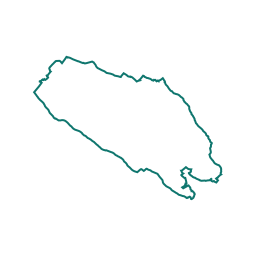 Gaiceana, Bacau, Romania (Equal Earth projection), rotated 154°
{"feature_id": "2599482B22664417708487", "entity_name": "Gaiceana", "entity_type": "district", "adm_level": 2, "iso_a3": "ROU", "parent_name": "Romania", "parent_adm1": "Bacau", "projection": "equal_earth", "projection_center": [27.202, 46.364], "detail": "fine", "context": "isolated", "style": "outline", "palette": "teal", "viewbox_px": 256, "rotation_deg": 154, "n_neighbors": 0, "source": "geoboundaries", "source_scale": "gbopen_adm2", "svg_char_len": 5589}
<svg xmlns="http://www.w3.org/2000/svg" viewBox="0 0 256 256"><g transform="rotate(154 128 128)"><path d="M74.9,157.5L77.8,156.9L78.1,157.0L80.0,156.8L80.1,156.6L80.3,156.8L80.5,157.2L80.5,157.6L81.7,157.5L81.7,157.8L82.1,158.1L82.2,158.4L82.4,158.6L82.5,159.0L82.3,159.0L82.5,159.4L83.6,159.7L83.7,159.9L84.0,159.8L84.4,159.5L85.5,160.5L85.6,161.1L86.6,162.6L87.7,163.6L88.0,164.0L89.1,164.7L90.0,166.0L90.7,166.7L90.7,167.2L90.9,167.8L91.5,168.4L95.3,166.6L97.2,166.1L96.9,165.7L97.9,165.9L99.8,166.0L100.6,168.4L101.8,171.2L101.9,171.5L102.7,172.6L103.2,173.1L103.6,172.9L104.2,173.6L104.9,174.0L105.5,174.7L105.6,175.1L106.1,176.3L107.9,179.1L111.5,177.5L112.1,177.0L112.6,177.3L114.4,179.0L115.2,179.5L116.0,180.2L116.7,180.6L117.2,181.2L118.0,182.6L118.9,183.5L119.9,184.5L123.1,186.9L124.3,189.3L126.0,191.2L128.6,194.7L129.0,195.1L129.5,196.7L129.6,197.8L129.5,199.0L129.9,200.7L130.1,202.0L130.3,202.1L130.8,203.0L131.1,203.4L136.9,204.5L138.3,204.9L138.8,205.2L139.3,206.0L140.0,206.1L141.3,207.4L143.3,209.7L143.6,209.8L147.3,213.8L149.3,216.4L150.6,217.6L151.3,217.7L151.7,218.6L152.1,218.9L154.3,217.6L158.9,215.2L159.1,216.0L159.3,216.3L159.3,216.9L160.0,218.3L162.6,219.5L163.8,219.8L164.4,219.4L165.2,219.3L166.9,218.6L168.0,218.3L172.0,216.7L172.7,216.0L172.8,215.5L172.7,214.8L172.9,214.4L173.1,213.3L173.0,212.8L172.8,212.6L173.4,212.3L175.5,211.4L177.1,210.5L177.7,210.8L178.0,210.8L177.9,209.9L178.1,209.8L177.9,209.2L177.7,209.2L177.7,208.4L179.3,207.8L181.2,207.5L181.7,208.2L181.8,208.5L182.6,208.1L183.0,208.1L183.4,208.5L183.4,209.0L184.3,208.9L185.2,208.5L186.8,208.7L187.0,208.4L186.5,207.8L186.1,207.1L185.8,206.5L189.8,204.4L196.7,201.3L196.0,197.6L195.8,196.1L195.5,195.3L195.5,194.4L195.0,192.7L194.7,191.7L193.5,188.8L193.0,187.2L193.0,186.2L192.9,185.3L193.0,183.8L192.6,182.1L192.0,180.6L191.6,179.0L191.7,175.9L190.3,171.7L190.2,170.8L190.2,169.8L189.4,168.3L188.9,168.3L188.7,167.9L188.1,167.0L187.1,165.3L185.6,164.5L184.1,164.1L182.9,163.5L182.0,162.8L181.1,161.7L180.0,159.3L178.9,155.4L178.2,154.3L178.0,153.2L177.7,152.4L177.6,151.8L176.7,150.2L176.2,149.6L173.4,146.8L172.4,145.4L171.6,143.7L171.6,143.0L170.7,140.6L169.6,139.5L168.6,136.7L167.8,135.8L166.5,133.8L165.7,131.9L164.7,130.4L163.4,126.8L162.8,125.8L162.3,124.2L161.6,122.8L161.3,121.7L160.9,120.7L160.2,119.8L159.6,119.1L157.9,117.6L157.5,117.6L157.2,117.4L153.9,113.9L152.6,112.6L151.7,111.1L151.3,109.9L151.0,109.1L150.1,108.1L149.8,107.4L148.5,105.8L147.7,104.5L147.4,104.3L146.4,102.1L146.2,101.4L146.2,99.8L146.1,99.4L145.4,98.0L145.0,96.6L144.9,95.1L145.0,94.7L144.9,94.4L144.3,92.8L143.9,92.2L142.8,88.8L142.4,88.0L141.2,86.3L139.0,84.2L135.4,85.2L134.3,85.3L134.1,85.2L133.9,85.0L132.6,82.5L130.5,83.0L130.0,83.2L129.3,83.3L128.8,82.9L128.3,82.0L128.1,81.7L126.3,80.0L125.8,78.7L121.6,73.9L121.0,70.3L119.9,66.2L120.0,65.4L120.5,63.7L120.4,62.4L120.1,61.5L119.1,58.8L117.1,56.1L116.6,55.4L116.2,54.4L116.0,53.2L115.8,52.7L114.0,49.9L113.3,48.7L112.4,47.5L111.8,46.1L111.3,45.4L110.7,45.0L110.4,44.6L109.8,44.1L108.9,43.1L108.3,42.6L107.7,42.3L106.4,40.5L106.1,39.5L105.2,39.4L105.0,39.1L104.6,39.3L104.2,39.3L103.9,39.1L102.8,39.3L102.6,39.2L102.3,38.5L102.2,38.4L102.2,38.1L102.2,37.8L102.4,36.5L102.0,36.2L99.9,36.6L99.6,36.8L99.2,37.2L99.1,37.5L98.7,37.6L98.5,37.8L98.3,38.0L98.1,38.2L97.8,38.7L97.1,39.2L97.1,39.6L96.9,39.9L96.9,40.2L97.1,40.5L97.1,41.4L97.5,42.2L97.6,42.9L97.8,43.2L98.0,43.1L98.5,43.3L98.4,43.5L98.5,43.7L98.4,43.9L98.2,44.0L98.7,45.4L98.6,45.7L98.2,47.0L98.3,47.9L98.7,49.3L98.8,49.9L99.6,50.2L100.5,49.8L104.8,49.6L105.3,50.9L102.1,51.2L101.1,51.5L101.3,51.8L101.3,52.0L100.8,52.0L100.7,52.6L100.6,52.9L99.6,52.8L99.1,54.6L98.4,58.0L99.1,58.2L100.5,61.3L100.7,62.3L98.3,62.9L98.7,63.4L98.9,64.1L98.9,64.7L98.9,66.2L98.7,66.1L97.1,66.4L93.1,67.4L92.0,65.1L91.5,64.5L90.2,63.6L89.3,63.1L90.3,62.1L90.5,61.7L90.4,61.5L90.9,61.0L91.8,60.8L93.0,60.9L93.1,60.7L93.1,60.3L92.6,58.5L92.5,58.4L92.5,58.1L91.8,57.1L91.2,55.6L90.9,55.2L90.1,54.2L89.7,54.1L89.3,53.5L88.8,52.5L86.7,50.2L86.7,49.9L86.3,49.4L86.0,49.3L85.6,48.7L85.2,48.4L82.0,47.1L81.5,46.7L81.4,46.5L79.5,46.0L77.7,45.3L76.8,45.4L75.8,45.8L75.5,45.8L75.4,45.5L76.1,44.8L76.3,44.4L76.2,43.9L75.3,42.8L74.4,42.8L73.9,42.5L73.9,42.0L72.8,40.6L72.5,40.3L70.1,41.5L71.0,43.9L70.0,44.2L69.7,44.0L69.1,44.0L68.6,44.3L68.5,44.5L65.4,45.4L64.6,45.4L64.8,46.0L64.5,46.7L64.5,46.9L63.4,47.8L63.1,48.6L62.5,49.9L62.3,50.1L62.0,51.2L62.1,52.8L62.2,53.1L62.5,54.5L64.2,56.3L65.3,57.9L65.6,58.6L65.7,59.4L65.9,60.7L65.9,61.3L66.4,62.7L66.6,63.9L66.8,64.6L66.9,65.3L66.9,66.0L66.5,68.1L66.5,68.4L65.1,69.1L64.5,69.5L64.1,70.1L63.8,71.0L63.2,73.6L62.9,74.0L62.3,74.4L61.7,74.8L60.7,76.7L59.7,77.2L59.3,77.7L59.3,78.0L59.7,78.7L59.9,79.2L60.1,79.6L59.7,81.4L60.1,82.2L60.2,83.2L60.2,84.0L59.6,84.9L59.6,85.3L59.8,85.8L60.2,86.0L60.3,86.3L60.7,87.2L60.7,87.6L60.5,88.4L60.5,88.9L60.6,89.6L61.8,92.5L61.8,93.7L62.4,95.4L63.8,98.5L64.2,99.7L64.3,101.0L64.8,102.5L64.5,105.1L64.6,105.8L64.3,106.7L64.2,106.9L64.2,107.3L64.2,108.7L64.4,109.8L64.3,110.6L64.5,111.1L64.7,112.1L64.9,112.4L64.5,113.5L64.8,115.6L64.8,116.5L64.6,117.6L64.6,118.3L63.8,119.9L63.7,120.4L63.7,120.9L63.8,121.1L64.1,121.9L64.4,123.5L65.2,125.0L65.4,126.1L65.8,126.8L65.8,127.1L65.8,127.6L65.9,128.9L65.7,129.2L65.5,129.9L66.1,131.6L66.9,132.9L67.2,133.9L67.9,135.5L68.7,136.5L70.2,137.7L70.7,138.3L71.6,139.1L72.1,140.5L72.3,141.7L73.0,142.3L73.4,143.1L74.0,145.7L74.1,147.2L74.3,148.5L74.8,149.8L75.0,150.7L74.9,152.1L74.6,153.2L74.9,153.3L74.5,154.1L74.7,155.3L74.7,156.1L74.9,157.5Z" fill="none" stroke="#0f766e" stroke-width="2"/></g></svg>